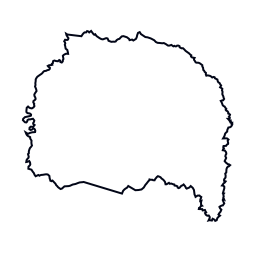 outline of Morrinhos, Goiás, Brazil, rotated 355°
{"feature_id": "56859067B47188635940101", "entity_name": "Morrinhos", "entity_type": "district", "adm_level": 2, "iso_a3": "BRA", "parent_name": "Brazil", "parent_adm1": "Goiás", "projection": "orthographic", "projection_center": [-49.117, -17.8], "detail": "fine", "context": "isolated", "style": "outline", "palette": "ink", "viewbox_px": 256, "rotation_deg": 355, "n_neighbors": 0, "source": "geoboundaries", "source_scale": "gbopen_adm2", "svg_char_len": 5776}
<svg xmlns="http://www.w3.org/2000/svg" viewBox="0 0 256 256"><g transform="rotate(355 128 128)"><path d="M222.5,164.7L222.9,163.4L223.7,162.3L223.6,160.7L222.5,158.9L220.5,158.4L220.9,157.4L221.8,156.6L221.2,155.4L221.6,154.3L224.2,154.3L225.0,153.2L226.3,152.6L226.5,151.7L226.3,150.6L226.2,149.3L227.1,148.3L225.9,147.1L224.6,146.8L221.8,146.7L223.2,144.7L223.7,143.7L224.1,142.4L224.9,141.4L226.5,140.2L226.7,138.8L227.2,137.8L228.0,136.3L229.8,136.1L231.0,135.4L232.2,133.6L232.3,132.1L231.4,132.5L231.0,130.1L230.3,130.8L229.7,129.4L229.1,128.5L228.4,127.6L230.0,127.7L230.3,126.6L229.5,125.6L230.4,124.5L230.8,123.5L230.0,122.8L229.1,122.3L229.3,121.2L228.6,120.0L227.4,119.2L226.9,118.4L227.6,117.5L226.6,116.1L226.2,115.1L225.2,114.5L224.4,113.7L223.6,110.8L222.8,109.1L224.3,108.7L225.2,108.7L226.3,107.4L225.9,106.3L225.7,104.7L225.2,103.5L224.9,102.4L225.2,101.2L225.3,99.8L224.9,98.7L225.4,97.2L224.6,96.4L223.3,95.5L224.5,93.8L223.6,92.4L223.1,91.1L222.0,90.4L221.4,88.9L221.3,87.5L219.0,86.1L218.7,85.0L217.8,84.6L216.3,85.0L215.5,84.1L214.2,83.2L212.7,82.7L211.7,82.5L210.6,82.7L210.2,81.5L210.4,79.8L209.3,78.8L208.8,77.5L208.1,76.8L208.0,74.3L207.4,73.3L207.5,71.9L205.3,69.9L204.3,69.3L203.3,69.0L202.3,69.0L201.1,68.5L200.5,67.1L199.8,66.0L199.7,65.0L200.4,64.0L198.0,63.3L197.0,62.3L197.4,61.1L196.2,60.1L195.3,58.9L194.3,58.1L192.1,56.2L190.8,54.5L189.7,53.3L188.4,53.3L187.5,52.8L186.5,52.1L186.4,50.9L185.4,50.3L184.1,50.2L183.3,50.8L182.2,50.8L181.4,50.2L180.3,50.6L178.4,49.0L176.6,49.5L175.1,49.4L174.2,48.7L173.0,47.7L171.1,46.5L169.7,46.6L168.5,46.4L167.2,46.1L164.8,45.7L163.2,44.7L161.8,42.9L160.0,41.7L158.4,40.7L155.4,39.4L153.2,38.9L149.1,35.6L148.0,33.5L146.3,34.1L145.2,36.4L144.7,38.1L143.8,39.8L142.2,40.7L140.9,41.3L139.9,40.3L138.6,40.4L137.2,40.6L136.8,39.3L134.8,37.5L131.5,36.1L129.8,36.2L128.3,37.4L127.3,38.4L125.8,38.7L124.3,39.5L123.3,40.7L122.2,40.9L120.7,40.7L118.9,40.7L116.2,39.4L115.9,38.2L115.4,37.0L114.1,36.6L110.7,37.5L109.2,37.1L107.5,36.0L104.7,33.7L103.5,31.7L102.5,32.2L101.6,31.2L99.7,28.1L97.7,29.4L96.9,28.4L95.7,27.9L94.6,29.1L93.0,29.0L92.1,29.6L90.9,30.8L89.6,32.5L75.8,29.6L74.6,28.7L74.9,30.4L75.4,31.3L75.9,32.4L76.5,33.3L76.0,34.6L75.0,35.0L73.0,34.6L72.0,36.1L72.7,37.2L72.9,38.3L72.3,39.5L72.6,41.0L72.8,43.5L74.3,44.9L74.7,47.2L74.8,48.9L72.8,48.6L71.6,49.0L70.3,49.6L69.4,50.4L69.7,53.6L69.0,54.7L68.8,56.0L67.7,57.0L66.4,56.4L66.3,54.9L65.4,54.3L64.0,55.4L62.0,55.0L60.7,54.4L59.4,54.7L59.0,55.7L58.8,56.8L57.8,57.4L58.1,58.4L57.2,58.6L54.8,58.6L53.5,59.2L54.1,60.1L55.4,61.1L55.3,62.2L54.3,63.1L52.5,63.4L51.4,63.9L49.5,64.0L48.5,64.7L47.4,65.9L46.4,66.6L44.9,67.4L42.2,69.0L41.3,70.0L40.3,71.5L40.2,72.6L40.0,73.8L39.6,75.2L39.6,77.1L39.0,78.6L39.5,80.0L39.9,81.5L40.1,83.2L38.2,85.5L37.6,86.5L37.6,87.9L38.3,89.5L38.5,91.0L37.9,91.8L36.9,92.4L36.1,93.0L35.9,94.3L36.7,95.7L36.4,96.6L36.7,98.0L35.7,99.2L33.9,100.1L32.5,99.7L31.5,99.2L30.3,97.9L28.9,99.0L28.6,100.4L28.2,102.4L28.3,103.5L29.2,104.4L30.3,104.7L31.5,105.0L32.6,106.1L32.4,107.2L31.5,107.5L26.3,108.2L24.4,109.7L24.0,111.0L25.2,112.5L25.9,113.3L27.2,113.6L28.1,112.8L28.5,111.5L29.6,110.8L31.2,110.9L34.1,110.5L35.3,112.3L34.9,113.6L33.9,114.9L34.1,116.0L35.2,116.9L33.6,118.6L31.3,118.2L30.0,119.1L29.7,120.7L30.9,121.5L32.4,121.1L33.4,120.3L34.6,120.6L35.1,121.4L35.4,122.7L35.1,123.9L33.9,124.0L32.3,123.9L29.7,124.4L27.8,125.1L27.0,124.5L25.7,123.5L26.2,125.2L26.8,126.4L27.9,127.5L29.7,128.5L29.7,130.1L30.2,131.0L30.8,132.2L30.5,133.9L30.5,135.5L30.8,137.1L29.8,138.3L28.7,139.3L28.0,140.5L27.2,142.5L27.0,144.5L26.1,145.3L26.4,146.8L26.6,148.1L26.2,149.1L25.2,149.9L24.2,151.1L23.7,153.0L25.0,152.9L26.7,152.3L27.4,153.7L27.5,155.7L27.0,156.6L25.5,157.8L25.2,159.9L28.2,161.1L28.9,162.5L29.6,163.7L30.2,164.5L30.9,166.6L31.8,168.0L34.6,167.0L35.6,167.8L36.4,167.4L37.5,167.2L39.2,167.2L41.5,167.0L42.6,167.0L44.0,167.3L45.5,168.9L45.6,171.7L46.0,172.5L46.0,173.7L47.1,174.3L48.2,173.8L50.9,177.2L51.5,178.7L52.4,179.7L53.1,180.8L54.3,181.9L55.5,182.9L56.9,182.6L59.6,180.6L63.8,180.7L65.2,180.5L68.0,179.5L70.8,179.2L73.5,178.4L75.2,178.0L77.9,178.0L79.1,177.9L116.3,192.8L117.7,190.1L119.2,188.8L120.5,188.0L121.8,187.4L123.2,185.8L129.9,190.6L133.0,190.7L136.1,190.4L138.5,188.7L140.5,186.0L141.4,185.2L143.7,182.7L144.5,182.1L144.9,181.1L146.3,181.6L147.5,181.6L148.5,182.2L149.9,182.4L150.5,181.4L152.5,179.3L153.6,178.6L155.1,179.3L156.1,179.9L157.1,181.3L158.3,182.3L159.3,183.5L160.2,185.0L160.5,187.3L161.5,187.4L164.0,186.2L164.7,187.2L166.2,187.1L168.1,188.0L169.2,188.3L169.4,189.4L171.1,189.8L172.1,190.4L172.3,191.7L173.2,192.3L174.2,192.0L176.1,190.2L177.3,189.9L178.5,189.1L180.0,191.3L180.5,192.8L181.2,193.5L184.0,192.6L185.4,191.3L187.3,193.3L188.3,195.5L188.5,200.1L189.0,201.3L189.3,202.5L191.4,201.4L193.3,201.5L194.0,202.4L195.0,203.1L194.7,204.0L193.9,205.3L193.6,207.1L194.8,206.9L194.3,208.2L194.1,210.8L195.0,211.9L193.8,212.1L192.7,213.5L191.8,213.8L191.5,214.9L194.9,215.3L195.2,216.6L197.5,216.4L197.9,217.7L198.5,218.8L197.3,219.4L197.9,221.1L199.3,222.3L200.8,222.2L201.6,223.6L201.6,224.7L200.2,227.1L201.2,226.9L203.5,227.5L204.4,225.8L206.2,226.9L206.8,228.1L208.3,227.6L209.1,225.6L210.5,224.3L212.0,223.3L210.6,222.1L211.4,220.9L212.9,219.4L213.9,217.5L212.8,216.2L212.2,214.6L213.1,214.0L214.7,213.4L215.7,213.4L217.3,211.5L216.7,209.9L216.1,208.0L216.6,206.9L217.5,207.5L216.9,205.4L217.4,204.5L217.1,202.5L217.9,201.5L216.9,201.1L218.7,196.4L218.8,194.8L218.0,193.8L216.7,193.5L218.5,191.4L219.6,190.8L220.6,189.7L219.1,189.0L219.3,187.5L220.8,185.9L221.1,184.1L220.9,181.9L222.0,180.9L222.5,177.6L223.2,176.1L224.0,175.3L225.1,175.0L226.5,173.9L225.4,173.0L224.2,172.7L223.4,171.8L222.5,171.0L221.4,169.4L223.2,166.4L222.5,164.7Z" fill="none" stroke="#020617" stroke-width="2"/></g></svg>